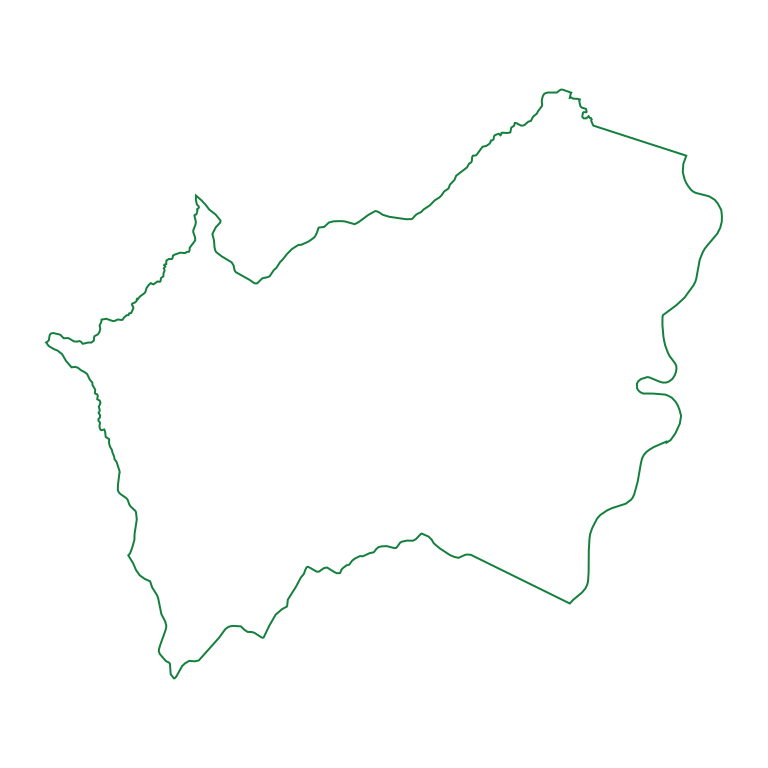 outline of La Unión, Valle del Cauca, Colombia
{"feature_id": "7082276B77686816472796", "entity_name": "La Unión", "entity_type": "district", "adm_level": 2, "iso_a3": "COL", "parent_name": "Colombia", "parent_adm1": "Valle del Cauca", "projection": "robinson", "projection_center": [-76.127, 4.537], "detail": "fine", "context": "isolated", "style": "outline", "palette": "green", "viewbox_px": 768, "rotation_deg": 0, "n_neighbors": 0, "source": "geoboundaries", "source_scale": "gbopen_adm2", "svg_char_len": 6057}
<svg xmlns="http://www.w3.org/2000/svg" viewBox="0 0 768 768"><path d="M129.3,504.5L130.7,506.6L135.4,510.9L136.0,512.4L136.8,519.5L134.6,533.5L134.4,539.9L132.1,548.0L130.0,553.4L128.3,555.4L133.1,563.2L136.0,570.0L139.7,575.3L144.9,579.0L150.1,581.3L152.1,587.3L157.0,595.2L158.1,598.0L161.4,614.2L165.1,621.2L166.3,625.6L166.1,628.2L164.9,632.0L160.0,645.6L158.9,649.6L158.8,651.4L159.8,654.0L165.9,661.1L168.9,662.5L169.9,663.7L170.7,674.2L173.9,678.4L174.7,678.3L176.4,676.4L182.1,666.1L184.7,663.6L189.1,660.9L195.0,661.3L198.8,660.4L218.9,637.9L225.3,629.2L227.9,627.2L230.5,626.2L233.9,625.9L240.9,626.4L244.4,629.8L247.6,631.9L251.6,632.0L254.4,632.8L261.5,637.4L262.7,637.8L263.7,637.4L269.3,625.7L275.7,614.6L282.1,609.1L286.8,606.6L287.2,605.6L287.8,599.7L296.0,586.7L300.8,577.6L303.9,573.9L305.1,570.3L306.5,567.5L307.3,566.9L308.4,566.9L316.8,571.7L318.8,571.7L324.0,568.1L327.0,567.5L334.6,572.2L336.7,573.2L339.6,573.2L340.1,573.0L341.5,569.7L342.9,568.1L346.6,565.3L349.2,564.7L352.2,560.6L355.3,558.3L360.0,556.1L362.8,556.3L369.8,553.1L373.8,552.3L376.4,548.9L378.6,547.1L381.4,546.4L386.7,546.1L394.4,548.1L395.9,548.0L396.9,547.2L400.2,542.6L401.8,541.7L406.9,540.6L413.0,540.7L415.7,539.3L421.0,533.8L421.8,533.6L428.6,536.6L431.7,539.7L433.6,543.0L434.9,544.3L440.1,548.6L450.0,555.1L454.6,557.0L458.6,557.8L465.1,554.9L466.9,554.5L470.8,554.8L569.8,603.5L573.0,600.0L581.9,592.6L585.3,588.6L587.1,584.9L588.0,581.6L588.6,572.7L588.8,550.0L589.5,538.6L590.1,534.2L592.2,528.1L597.1,518.5L600.4,514.9L607.1,510.4L612.1,508.1L625.8,503.7L631.2,499.6L632.7,497.6L634.2,494.3L635.9,488.2L637.7,481.6L641.0,462.7L642.1,458.4L643.9,454.8L646.4,452.0L649.8,449.4L653.9,447.0L666.3,441.6L666.5,442.7L670.7,440.0L675.4,433.3L679.8,423.7L681.1,415.9L679.5,409.8L677.8,405.4L675.5,401.6L671.9,397.8L668.6,395.9L665.3,394.6L653.4,393.6L643.2,393.5L640.6,392.4L638.4,390.5L637.1,388.4L636.9,383.8L638.1,381.4L640.9,379.1L647.2,377.1L649.4,377.4L659.1,381.5L663.0,382.6L666.3,382.5L668.7,381.7L672.3,379.0L674.8,375.3L675.9,372.1L676.5,368.5L676.2,365.7L675.0,363.2L669.6,356.1L668.1,353.2L665.2,345.5L664.3,341.5L663.4,336.5L662.4,324.6L662.5,317.1L662.9,315.2L676.2,305.3L684.5,297.7L693.5,285.3L695.4,281.6L696.3,278.5L699.7,259.9L702.4,253.0L704.6,248.9L707.0,245.8L717.2,233.8L720.2,227.9L721.8,221.6L721.9,216.2L721.5,211.7L721.0,209.5L717.8,203.5L714.6,199.7L709.1,196.3L695.4,192.8L692.7,191.3L690.5,189.2L688.1,186.0L686.1,182.8L684.5,179.0L682.8,172.3L683.3,164.0L686.3,155.7L593.3,125.6L591.5,121.6L591.2,120.1L591.7,119.4L590.8,118.0L589.8,117.9L588.6,116.2L586.4,118.3L583.7,118.3L582.5,117.3L582.3,116.0L583.0,112.8L583.6,112.2L586.4,112.2L586.6,111.6L586.0,108.9L581.7,107.6L580.4,106.2L579.2,101.0L579.9,99.5L577.8,98.9L573.0,98.6L571.3,97.5L569.8,97.9L570.6,94.1L571.3,92.7L562.5,89.6L561.0,89.6L559.9,90.2L556.8,92.5L547.7,92.5L544.7,93.5L543.9,94.3L542.8,96.2L541.9,99.6L541.8,102.5L542.2,104.2L541.9,106.1L538.0,111.3L536.8,113.7L533.2,116.5L530.9,120.9L528.2,121.7L524.8,124.8L523.0,125.6L520.8,125.5L516.6,123.2L514.8,123.0L514.1,125.7L511.3,127.6L510.3,132.4L507.5,133.0L502.0,132.7L501.4,133.0L501.1,134.5L500.4,135.3L498.9,133.9L498.3,133.8L494.7,135.3L494.1,136.3L493.5,139.4L492.4,140.3L490.9,140.5L490.4,142.4L489.3,143.9L486.1,146.0L482.6,146.7L476.5,154.9L475.9,155.4L472.8,155.7L472.2,157.0L471.8,161.1L471.2,162.4L469.1,163.6L467.0,167.4L456.2,175.7L454.4,180.0L450.0,184.6L448.4,188.6L444.2,191.4L441.5,195.4L439.2,197.6L434.9,200.2L429.9,205.3L423.7,209.4L421.2,212.0L417.3,213.9L415.5,215.2L412.5,218.6L411.6,219.1L406.0,219.2L389.3,216.8L382.5,214.7L379.4,212.5L376.5,211.2L375.2,211.1L368.5,214.8L358.5,222.2L354.7,224.2L344.8,221.4L341.0,221.1L333.7,221.3L328.9,222.5L324.1,227.0L319.1,227.5L318.4,228.1L317.1,232.3L315.2,236.2L313.8,237.8L308.6,241.5L301.3,244.8L298.4,244.9L292.0,249.0L287.2,253.8L282.5,259.7L280.0,262.2L276.4,267.9L273.9,270.0L269.6,276.3L267.5,277.2L262.3,278.3L257.1,283.4L254.5,283.3L249.3,279.7L235.9,272.2L234.6,270.5L233.6,265.5L231.6,262.3L221.6,256.3L216.2,252.1L215.3,250.5L214.5,247.3L214.0,240.6L212.4,233.9L215.9,227.1L220.3,222.5L220.5,220.5L215.6,214.5L209.4,209.7L205.2,204.3L201.1,200.0L196.0,195.6L195.8,199.6L196.7,203.7L196.9,204.5L198.6,206.2L198.9,207.5L198.2,208.6L197.3,208.9L197.1,209.9L197.4,210.8L196.5,214.0L195.9,214.6L194.8,214.8L194.4,215.6L195.9,221.9L195.4,224.9L193.4,229.9L193.2,231.9L195.1,237.5L195.2,240.4L189.7,247.8L189.6,250.1L189.0,251.7L186.8,252.0L184.9,253.1L180.2,252.7L174.7,254.6L172.9,255.7L172.6,258.1L171.8,259.0L168.6,259.1L166.4,260.5L166.2,264.2L164.6,264.5L164.1,265.2L165.3,266.6L163.8,268.3L164.4,269.4L164.5,270.8L163.5,273.3L163.4,276.3L161.0,278.1L160.5,281.3L159.8,281.8L157.4,281.5L153.4,284.4L150.8,283.1L148.7,285.0L146.5,288.1L145.6,291.4L144.6,293.1L139.9,296.5L137.4,299.7L137.4,298.0L136.7,299.4L137.0,300.3L136.2,301.3L134.8,302.6L132.2,303.6L132.0,305.0L133.2,306.8L133.3,308.3L131.2,313.0L129.2,313.4L128.5,315.1L126.8,315.2L124.2,317.3L122.7,319.6L121.8,320.0L117.9,319.5L114.6,320.9L113.0,321.1L106.3,318.8L101.5,319.6L101.3,322.0L99.6,325.5L100.3,328.6L99.5,331.9L98.0,334.3L94.5,336.2L94.1,337.3L93.8,340.7L91.3,342.6L88.3,342.5L82.8,343.8L80.9,341.7L79.6,341.1L76.5,341.6L74.0,341.4L68.5,338.1L63.6,338.2L60.8,335.2L59.6,334.5L53.1,333.0L50.6,333.7L49.6,335.4L48.9,340.0L47.5,341.7L46.1,342.4L48.7,346.0L53.9,349.1L57.4,350.5L62.0,354.0L66.0,360.9L71.5,367.3L75.4,366.9L78.0,367.8L81.2,370.4L84.3,371.9L87.1,374.0L89.8,379.6L92.4,382.7L92.5,385.0L95.2,389.7L94.9,393.1L95.7,393.9L97.1,394.3L97.8,395.7L97.2,399.2L99.8,400.7L100.5,403.0L98.8,406.8L99.7,409.7L99.4,411.7L98.6,412.8L100.2,415.5L99.8,417.7L98.5,418.9L98.5,420.7L99.8,422.3L100.0,423.5L99.5,425.4L99.7,428.0L100.7,429.9L101.4,430.2L104.3,429.5L105.2,432.2L105.7,436.9L109.2,439.2L109.0,442.5L109.5,445.0L110.3,447.3L111.8,449.7L112.5,452.7L114.1,456.4L114.5,459.2L116.5,461.8L119.5,470.9L119.7,472.5L119.4,473.1L117.9,485.6L117.9,490.6L119.1,492.7L120.5,494.1L126.4,498.2L127.8,500.1L129.3,504.5Z" fill="none" stroke="#15803d" stroke-width="2"/></svg>